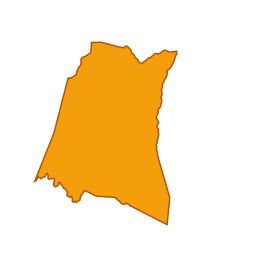 the district of Lagoa Real, Bahia, Brazil, rotated 24°
{"feature_id": "56859067B61911613465108", "entity_name": "Lagoa Real", "entity_type": "district", "adm_level": 2, "iso_a3": "BRA", "parent_name": "Brazil", "parent_adm1": "Bahia", "projection": "equal_earth", "projection_center": [-42.217, -14.03], "detail": "fine", "context": "isolated", "style": "filled", "palette": "amber", "viewbox_px": 256, "rotation_deg": 24, "n_neighbors": 0, "source": "geoboundaries", "source_scale": "gbopen_adm2", "svg_char_len": 2447}
<svg xmlns="http://www.w3.org/2000/svg" viewBox="0 0 256 256"><g transform="rotate(24 128 128)"><path d="M167.0,142.1L166.1,141.1L165.5,139.6L164.9,138.1L163.5,137.1L162.3,135.4L162.1,133.8L160.9,132.5L160.5,130.8L160.5,129.3L159.8,127.7L159.8,126.2L159.1,123.9L158.7,121.5L158.0,120.1L157.0,119.2L156.6,117.3L155.5,116.2L154.1,115.7L153.7,112.8L153.9,110.6L152.6,109.5L150.9,107.9L149.6,107.1L149.3,105.5L149.5,103.2L148.9,101.0L148.0,98.9L148.9,96.2L148.7,94.1L148.4,92.2L148.0,89.9L147.2,88.4L145.7,86.7L145.5,83.8L145.0,82.4L144.1,81.4L142.9,79.3L142.8,77.0L142.1,75.4L141.5,73.9L142.2,72.0L141.7,70.3L141.8,68.5L142.2,67.1L142.2,64.8L141.6,62.1L140.4,59.5L141.7,57.5L142.4,55.1L142.6,53.3L142.8,51.7L142.8,49.0L142.8,47.0L142.3,44.5L142.1,42.4L142.4,40.3L141.0,38.1L139.5,39.2L137.8,40.2L136.1,41.5L135.0,41.8L133.4,41.9L131.6,41.8L130.1,41.9L129.0,42.8L128.2,44.1L127.5,45.6L126.6,47.3L125.2,48.4L122.9,48.7L121.8,50.0L121.4,51.4L120.4,53.2L119.5,55.1L118.2,55.7L117.3,58.0L116.5,59.8L115.6,61.2L114.5,63.0L113.4,64.0L111.9,63.7L110.7,63.0L109.5,61.9L107.6,61.0L106.0,60.9L104.4,59.2L103.3,58.5L102.2,58.2L100.8,57.9L99.4,56.2L97.7,55.0L95.5,54.1L93.5,53.6L92.2,54.8L91.7,56.5L86.2,57.8L68.5,60.6L59.8,64.8L60.5,66.4L61.2,68.2L61.8,69.6L62.2,71.1L63.0,73.3L63.2,74.9L61.9,76.6L60.4,79.1L59.4,80.4L58.0,81.4L57.0,83.8L57.8,86.0L58.9,87.8L59.0,90.6L58.3,92.4L58.3,95.3L58.5,97.9L59.0,100.1L58.3,101.3L57.6,102.9L56.2,104.6L54.7,106.0L53.0,106.8L57.2,131.9L62.4,162.4L63.6,193.5L64.5,214.7L65.5,213.5L65.5,211.3L65.9,209.4L67.6,209.2L69.1,209.8L70.3,207.7L71.9,206.4L72.0,204.2L72.7,202.4L74.2,203.7L74.8,205.2L75.8,206.8L77.1,206.8L78.2,205.8L79.6,204.8L81.1,204.3L82.1,205.5L82.6,207.2L82.5,209.7L83.6,210.4L85.2,211.5L87.0,209.8L87.6,207.8L86.9,206.2L88.4,205.4L89.4,206.7L90.8,207.2L92.6,208.1L93.5,209.2L95.3,209.3L96.9,210.1L98.5,210.8L99.2,212.6L99.8,214.7L101.4,214.5L103.0,215.3L104.3,213.4L105.4,214.4L106.1,215.7L107.0,217.8L108.5,217.9L109.7,216.3L110.7,217.1L111.9,215.7L113.4,213.5L112.8,211.7L112.7,209.9L112.6,208.1L113.3,206.1L113.4,202.8L115.0,202.8L116.9,202.8L119.5,202.8L121.2,202.8L122.6,203.0L123.9,203.1L125.3,203.2L127.5,202.9L144.5,196.6L145.7,197.2L146.9,197.5L148.3,198.2L149.9,198.2L151.4,199.1L153.3,199.9L155.2,199.4L156.5,198.6L157.3,197.1L158.8,197.5L160.0,197.5L161.4,198.3L162.9,198.1L164.4,198.2L166.0,198.4L203.0,200.4L194.5,174.7L167.0,142.1Z" fill="#f59e0b" stroke="#b45309" stroke-width="1.5"/></g></svg>